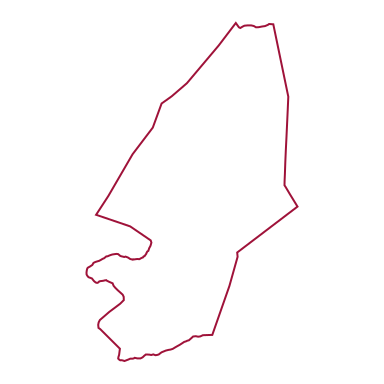 outline of Santa Catarina Cuixtla, Oaxaca, Mexico
{"feature_id": "50627088B38419183941255", "entity_name": "Santa Catarina Cuixtla", "entity_type": "district", "adm_level": 2, "iso_a3": "MEX", "parent_name": "Mexico", "parent_adm1": "Oaxaca", "projection": "equal_earth", "projection_center": [-96.661, 16.296], "detail": "fine", "context": "isolated", "style": "outline", "palette": "rose", "viewbox_px": 384, "rotation_deg": 0, "n_neighbors": 0, "source": "geoboundaries", "source_scale": "gbopen_adm2", "svg_char_len": 2239}
<svg xmlns="http://www.w3.org/2000/svg" viewBox="0 0 384 384"><path d="M96.1,214.8L130.2,226.4L150.7,240.4L151.4,242.6L150.5,245.8L149.2,248.2L148.3,250.9L147.3,251.5L146.4,253.2L146.3,253.7L144.5,256.2L144.1,256.2L143.5,256.5L143.0,257.4L141.9,257.8L140.7,258.4L140.3,258.6L139.9,258.9L139.2,259.2L137.8,259.0L136.4,259.1L134.3,259.4L132.9,259.6L132.8,259.4L132.4,259.6L132.2,259.5L130.2,259.0L128.1,257.6L126.9,257.1L125.5,256.6L124.2,257.0L123.2,256.7L121.8,256.4L120.4,256.0L119.2,255.0L118.1,254.1L116.5,253.9L114.2,254.2L112.3,254.5L110.7,255.0L108.9,255.7L107.6,256.3L106.3,256.4L105.0,257.5L104.0,258.3L102.7,258.8L100.7,260.0L99.0,260.9L97.5,261.3L95.3,262.0L93.5,262.9L92.3,265.0L91.2,265.7L89.7,266.7L88.7,267.2L87.7,267.8L87.1,269.0L86.8,270.3L86.5,272.5L86.6,274.5L87.2,275.6L88.5,277.2L90.2,277.8L92.0,278.5L93.2,280.1L94.1,281.2L95.7,282.5L97.1,282.9L98.2,282.5L99.3,281.4L100.6,281.1L102.4,280.9L103.6,280.7L104.7,280.4L106.2,280.2L106.3,280.4L109.3,281.9L112.6,283.3L113.6,285.8L115.2,287.7L117.6,290.1L122.7,294.7L123.7,296.8L123.8,300.1L120.2,303.7L109.4,311.8L103.5,316.9L99.9,320.0L98.7,322.3L98.2,324.8L98.5,327.9L100.2,329.1L119.9,348.7L119.1,354.9L118.4,357.1L118.2,358.6L119.4,359.8L120.3,360.3L121.6,360.2L123.0,360.5L124.4,361.0L125.6,360.6L126.8,360.1L128.2,359.6L130.2,358.7L132.5,358.7L133.8,358.4L134.7,357.8L137.3,358.4L140.5,358.4L142.5,357.4L143.3,356.7L144.3,355.7L145.9,354.5L149.2,354.6L151.2,355.0L153.3,354.4L155.4,355.2L156.9,355.0L158.7,354.5L161.0,352.7L161.8,352.2L164.3,351.2L165.7,350.6L168.5,349.9L170.4,349.6L172.7,348.9L175.3,347.3L177.4,346.1L179.6,344.9L182.1,343.3L184.2,341.9L185.9,341.4L187.3,340.7L188.9,340.3L191.5,338.0L193.1,336.5L195.8,336.2L198.1,336.7L200.3,336.4L202.9,335.2L212.3,334.9L229.4,286.0L237.6,256.8L237.2,252.5L265.7,230.8L297.5,206.6L289.9,194.2L285.5,186.8L284.5,185.3L284.6,180.8L284.9,174.0L285.3,162.3L285.8,150.7L286.5,136.5L287.7,110.5L288.3,96.7L273.3,24.3L269.1,24.0L268.0,24.8L265.0,26.1L262.1,26.5L258.6,27.2L256.0,27.3L253.8,26.0L251.2,25.4L247.5,25.4L244.4,25.7L242.6,26.6L240.3,28.0L238.9,27.3L235.8,23.0L218.7,45.5L186.9,83.2L171.7,96.3L161.6,103.5L152.8,127.6L132.6,154.2L108.4,195.9L96.1,214.8Z" fill="none" stroke="#9f1239" stroke-width="2"/></svg>